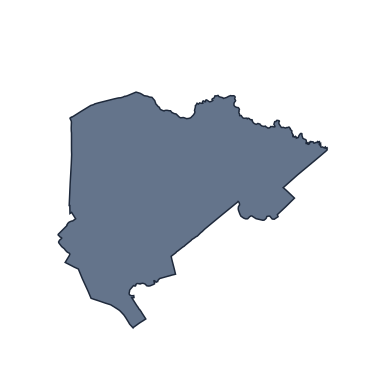 outline of Butimanu, Dâmbovita, Romania, rotated 163°
{"feature_id": "2599482B27210810960629", "entity_name": "Butimanu", "entity_type": "district", "adm_level": 2, "iso_a3": "ROU", "parent_name": "Romania", "parent_adm1": "Dâmbovita", "projection": "albers", "projection_center": [25.868, 44.685], "detail": "fine", "context": "isolated", "style": "filled", "palette": "slate", "viewbox_px": 384, "rotation_deg": 163, "n_neighbors": 0, "source": "geoboundaries", "source_scale": "gbopen_adm2", "svg_char_len": 5929}
<svg xmlns="http://www.w3.org/2000/svg" viewBox="0 0 384 384"><g transform="rotate(163 192 192)"><path d="M216.3,303.9L225.5,303.0L227.7,302.9L228.0,303.2L228.4,303.2L231.0,302.9L231.5,303.0L232.1,302.9L235.1,303.5L239.1,303.8L255.1,304.6L259.3,304.7L260.1,304.4L261.9,304.3L263.3,304.4L275.0,301.4L282.6,299.3L285.4,298.6L285.5,298.9L287.0,298.4L287.1,298.2L287.1,297.7L286.7,295.2L286.9,294.0L288.8,288.5L289.6,285.7L290.0,283.6L295.1,266.9L296.1,263.1L299.1,254.5L305.9,236.1L313.4,215.0L312.8,214.8L315.0,207.1L313.1,207.7L311.1,200.4L314.6,199.2L315.8,199.4L316.9,199.3L318.3,199.1L319.0,198.8L320.1,198.2L321.1,197.1L321.4,197.0L321.4,196.5L321.7,196.3L332.4,190.6L332.5,189.7L332.0,189.2L331.6,187.9L330.1,186.4L330.2,185.8L332.8,184.6L334.2,183.2L334.2,182.2L332.6,177.9L330.6,174.9L330.2,173.6L329.3,171.7L328.7,170.8L327.2,169.3L327.0,168.9L327.0,168.5L327.1,168.0L328.1,166.9L333.9,161.7L328.6,156.6L326.7,154.7L323.2,151.6L322.2,141.0L320.4,127.6L319.6,119.8L312.6,114.9L307.4,111.1L302.7,107.9L297.5,101.9L295.9,99.9L294.9,98.0L293.1,94.3L292.0,90.7L290.7,85.8L290.4,84.3L290.1,83.5L288.1,79.3L287.8,79.6L280.8,82.0L273.3,84.1L274.7,89.0L275.2,90.7L275.6,92.5L276.4,94.9L276.7,95.1L277.6,98.5L277.9,99.1L279.4,104.6L280.5,108.4L278.5,107.9L278.3,108.0L278.0,110.0L278.8,110.1L280.2,110.5L281.5,111.6L281.8,112.2L281.9,112.8L281.7,113.6L280.7,115.4L280.4,116.2L279.6,116.9L277.3,118.4L276.2,119.0L275.4,119.6L274.9,119.5L274.1,118.7L273.5,118.7L273.0,119.2L273.0,119.8L271.6,120.5L270.5,120.3L269.5,119.7L268.4,119.6L268.4,119.2L266.6,119.3L265.8,119.1L264.7,118.5L264.0,117.9L263.3,117.0L263.0,116.0L262.5,115.4L260.8,114.7L259.5,114.5L255.6,114.9L254.6,115.2L254.4,118.2L254.3,118.3L253.9,118.2L253.4,117.6L253.2,116.7L252.6,116.2L251.8,116.5L251.1,116.3L250.2,117.6L248.2,118.7L235.3,118.4L231.8,118.2L231.5,122.8L231.0,133.6L230.7,136.6L225.1,138.7L224.2,139.4L222.7,139.8L217.1,142.0L215.4,142.4L213.8,143.2L206.9,146.0L206.4,146.4L206.0,146.6L202.7,147.5L201.9,147.9L199.7,148.3L195.8,150.4L193.3,151.4L192.9,151.7L190.5,152.9L170.8,161.1L151.2,169.1L150.7,169.5L150.1,168.5L150.0,167.0L150.3,165.7L151.8,164.5L152.6,162.8L152.9,161.4L152.7,157.0L152.3,154.6L150.2,151.9L148.5,150.6L146.6,150.1L144.1,151.5L142.5,151.9L141.7,151.5L138.6,147.8L132.6,144.3L131.3,144.0L129.5,144.7L128.5,145.4L127.6,146.7L126.0,146.6L124.7,146.2L123.2,142.7L121.3,141.9L116.9,143.2L117.0,145.4L106.3,150.7L95.8,156.2L101.5,166.3L103.5,169.5L86.1,177.5L63.9,186.8L51.6,192.1L50.4,192.8L50.3,194.3L49.8,194.5L49.9,194.9L51.2,194.7L51.6,195.1L51.6,195.3L51.2,195.9L51.3,196.2L51.5,196.1L52.6,195.5L53.9,196.8L54.2,197.0L55.3,197.1L55.6,197.5L55.7,198.5L55.0,199.2L55.1,199.4L56.1,199.6L56.3,199.8L56.4,200.4L56.0,200.9L55.6,201.0L54.9,200.8L54.7,201.1L55.7,201.7L55.8,202.0L55.4,203.0L55.6,203.1L55.9,203.0L56.2,202.5L56.7,202.4L57.0,202.6L57.0,203.4L57.2,203.6L57.6,203.2L57.8,202.7L58.4,202.9L58.9,203.2L60.5,202.9L61.2,203.2L61.4,203.6L61.2,204.1L61.5,204.5L62.9,205.2L63.6,205.0L63.8,205.6L64.0,205.6L64.3,205.0L64.5,204.9L65.2,205.3L65.5,205.2L65.7,204.8L65.5,204.3L65.6,203.8L66.4,203.6L67.0,203.6L67.3,204.0L67.3,204.3L67.1,205.2L67.3,205.4L68.4,204.9L68.6,204.9L68.7,205.4L68.3,206.0L67.9,206.2L67.7,208.1L67.8,208.6L68.0,208.9L69.4,210.0L70.3,211.0L70.3,214.0L69.9,215.3L69.9,215.7L70.1,215.9L70.8,216.2L71.8,215.8L73.4,214.5L74.4,213.1L74.7,213.0L76.0,213.0L75.7,213.3L75.8,213.4L75.9,213.6L76.2,213.6L76.8,215.0L77.3,214.9L77.7,214.5L78.2,215.0L79.3,215.4L79.3,215.8L79.2,216.3L78.7,216.3L78.5,216.6L78.8,217.5L79.2,219.8L78.6,221.2L79.0,222.1L79.5,222.7L79.6,222.9L79.4,224.0L79.9,224.8L79.9,225.3L80.2,225.7L80.6,225.8L81.8,225.7L82.7,226.0L83.7,225.8L84.8,226.4L85.8,227.2L86.9,227.3L87.7,227.6L88.5,230.3L88.9,231.9L88.4,233.6L87.9,233.9L87.7,234.2L87.9,234.7L88.1,234.9L89.7,235.7L90.1,235.7L91.1,234.9L92.2,235.1L92.4,235.0L93.9,232.8L93.5,230.8L93.6,230.2L93.9,230.1L95.3,230.6L95.6,230.8L95.8,231.1L97.0,231.3L97.7,231.6L98.2,231.0L98.6,230.8L99.3,230.7L100.7,231.0L101.1,231.4L101.6,232.2L102.5,233.0L102.5,233.5L104.5,233.8L104.9,234.2L105.6,234.5L106.2,235.1L106.8,236.0L107.1,236.6L107.2,237.2L108.1,237.6L108.9,238.3L110.8,237.9L111.0,238.0L111.8,238.7L112.6,239.5L113.1,240.3L113.7,242.5L113.3,243.0L113.5,243.6L114.9,244.0L115.3,244.5L115.6,245.3L116.4,246.0L117.0,246.1L117.5,245.8L117.8,245.9L117.9,246.5L118.2,246.7L120.8,247.3L121.3,247.6L121.7,248.2L122.3,249.5L122.5,250.4L122.7,250.8L123.3,251.0L123.8,250.9L124.1,251.1L123.8,252.1L123.8,252.9L124.0,254.1L123.8,254.8L123.4,255.2L123.4,255.7L123.3,256.0L122.7,256.7L122.5,257.2L122.6,257.9L122.8,258.2L122.8,258.6L123.1,259.2L124.5,259.8L125.8,261.0L126.4,262.1L126.5,262.7L126.0,264.3L125.6,264.9L124.9,265.6L124.2,266.0L123.6,266.6L123.6,267.1L124.0,268.6L123.1,269.9L123.0,270.3L123.0,270.7L123.2,271.0L123.8,271.8L124.0,271.9L126.0,272.4L126.8,272.9L128.8,272.8L131.3,272.3L134.6,272.3L135.0,273.3L135.5,273.4L136.4,274.1L136.6,274.1L138.4,275.4L138.6,276.1L138.7,276.6L139.3,276.8L140.3,276.7L141.1,277.0L142.0,277.2L142.4,276.5L143.8,275.3L145.1,275.3L145.8,274.8L145.7,274.1L145.4,273.4L147.0,273.0L148.6,273.0L149.2,273.4L150.4,275.0L151.1,275.8L151.8,275.9L152.5,275.1L152.7,274.4L153.6,274.7L154.2,275.7L155.1,275.7L155.7,274.9L155.8,273.7L157.2,274.1L158.7,275.0L159.5,274.5L160.3,274.2L161.2,275.4L162.6,274.1L163.7,273.4L163.8,272.5L165.8,269.2L165.8,267.7L166.1,267.2L166.4,266.7L168.2,265.2L171.5,263.4L173.2,263.3L175.7,263.7L178.2,265.6L178.7,265.8L181.2,266.3L181.5,266.5L182.4,267.6L184.3,271.2L186.4,272.4L187.5,273.6L187.9,273.7L188.8,276.0L190.1,276.4L191.9,277.4L193.3,277.8L194.0,277.9L195.0,277.7L196.2,278.5L197.9,280.0L198.2,280.6L198.5,281.7L198.4,282.2L198.5,282.6L199.4,283.7L199.8,284.5L200.3,285.9L200.7,286.6L200.9,287.3L200.8,288.1L200.9,289.0L200.9,290.3L202.6,294.2L203.8,294.8L204.6,295.0L206.5,296.6L209.6,298.1L211.2,300.0L212.8,301.6L216.3,303.9Z" fill="#64748b" stroke="#1e293b" stroke-width="1.5"/></g></svg>